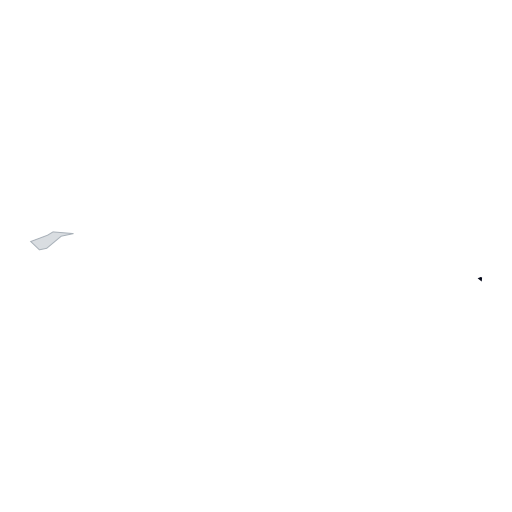 where Rose Atoll sits in American Samoa
{"feature_id": "ASM-5000", "entity_name": "Rose Atoll", "entity_type": "state/province", "adm_level": 1, "iso_a3": "ASM", "parent_name": "American Samoa", "parent_adm1": "", "projection": "mercator", "projection_center": [-168.164, -14.526], "detail": "fine", "context": "in_parent", "style": "filled", "palette": "ink", "viewbox_px": 512, "rotation_deg": 0, "n_neighbors": 0, "source": "natural_earth", "source_scale": "10m", "svg_char_len": 342}
<svg xmlns="http://www.w3.org/2000/svg" viewBox="0 0 512 512"><path d="M46.7,248.3L39.4,249.8L30.7,241.5L47.6,235.2L53.0,231.9L73.5,233.6L61.2,236.2L46.7,248.3Z" fill="#d9dde1" stroke="#a8b0b8" stroke-width="1"/><path d="M481.1,280.1L479.1,278.5L480.8,277.8L481.3,278.0L481.1,280.1Z" fill="#0f172a" stroke="#020617" stroke-width="1.5"/></svg>